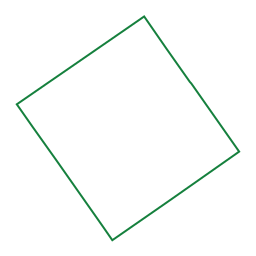 Montgomery, Indiana, United States of America, rotated 145°
{"feature_id": "52423323B86671673668040", "entity_name": "Montgomery", "entity_type": "district", "adm_level": 2, "iso_a3": "USA", "parent_name": "United States of America", "parent_adm1": "Indiana", "projection": "robinson", "projection_center": [-86.901, 40.04], "detail": "fine", "context": "isolated", "style": "outline", "palette": "green", "viewbox_px": 256, "rotation_deg": 145, "n_neighbors": 0, "source": "geoboundaries", "source_scale": "gbopen_adm2", "svg_char_len": 334}
<svg xmlns="http://www.w3.org/2000/svg" viewBox="0 0 256 256"><g transform="rotate(145 128 128)"><path d="M205.5,211.2L205.5,183.6L205.2,141.7L205.1,62.0L205.2,45.1L138.4,44.8L116.4,44.8L50.5,44.9L50.6,128.2L50.9,130.3L51.0,169.1L51.0,172.6L50.8,210.1L82.8,210.3L205.5,211.2Z" fill="none" stroke="#15803d" stroke-width="2"/></g></svg>